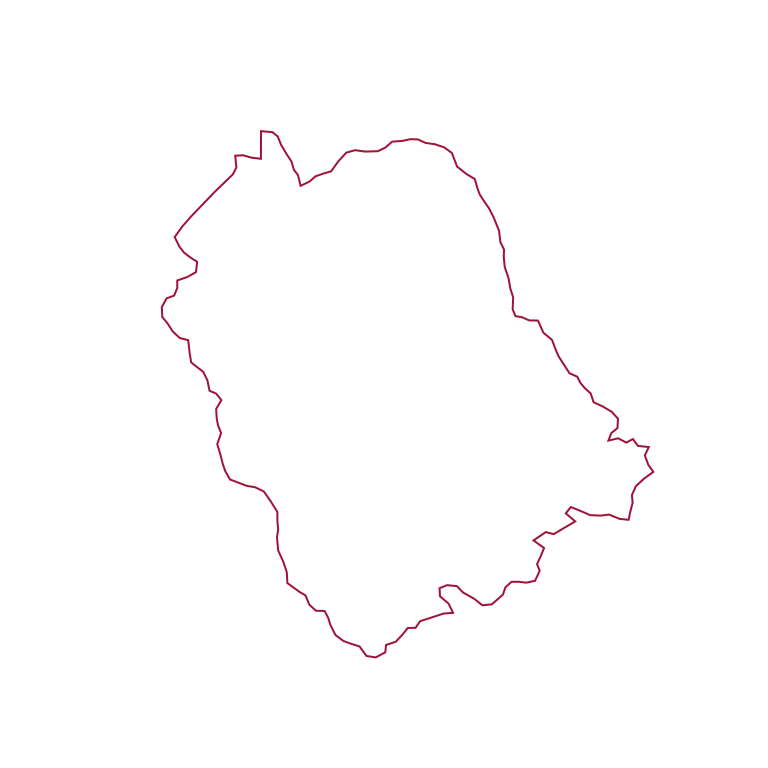 Lauro Müller, Santa Catarina, Brazil (orthographic projection), rotated 226°
{"feature_id": "56859067B67423545174", "entity_name": "Lauro Müller", "entity_type": "district", "adm_level": 2, "iso_a3": "BRA", "parent_name": "Brazil", "parent_adm1": "Santa Catarina", "projection": "orthographic", "projection_center": [-49.459, -28.384], "detail": "fine", "context": "isolated", "style": "outline", "palette": "rose", "viewbox_px": 768, "rotation_deg": 226, "n_neighbors": 0, "source": "geoboundaries", "source_scale": "gbopen_adm2", "svg_char_len": 2458}
<svg xmlns="http://www.w3.org/2000/svg" viewBox="0 0 768 768"><g transform="rotate(226 384 384)"><path d="M190.1,521.3L196.5,528.2L205.8,528.5L216.3,525.6L225.3,522.1L233.6,526.1L241.5,525.6L248.1,526.0L255.0,528.1L262.9,524.9L272.6,526.8L283.0,528.9L291.2,532.1L299.0,535.5L310.1,534.3L322.7,538.8L328.9,532.6L336.1,529.7L341.5,525.7L348.3,528.4L356.6,537.1L364.4,540.9L374.0,547.3L384.4,552.2L392.3,558.5L397.3,563.7L405.2,566.3L414.3,573.2L427.7,578.6L437.1,581.5L444.9,582.8L453.5,584.4L459.7,587.1L468.4,591.7L477.7,589.2L489.6,587.6L503.0,593.3L512.4,591.7L520.9,587.3L528.5,581.4L536.5,578.2L541.9,572.9L546.2,565.9L552.7,558.2L553.1,549.4L555.7,541.3L564.3,531.9L572.3,525.6L576.6,517.6L575.9,505.7L573.7,493.8L577.6,486.3L581.0,479.0L581.3,471.3L584.5,461.7L594.0,467.2L600.7,468.0L608.4,472.0L617.3,473.7L627.5,476.1L635.8,479.5L642.6,478.7L651.3,471.2L631.5,451.9L639.0,445.8L646.3,441.6L651.6,435.6L642.3,428.2L639.8,420.9L639.8,395.3L638.5,360.9L637.4,348.1L635.1,335.5L625.1,332.3L617.4,331.4L609.5,332.6L601.7,334.5L595.1,326.5L597.7,316.6L602.1,307.2L596.6,301.9L593.4,294.4L596.6,287.1L593.7,277.6L586.2,271.1L577.5,270.3L568.4,268.5L559.1,269.0L551.5,273.6L541.4,265.8L533.5,260.3L525.9,261.3L518.3,262.4L509.3,259.5L500.3,253.8L493.7,256.6L485.4,255.8L482.6,245.9L475.0,239.4L469.2,235.7L461.9,232.8L456.6,222.3L446.9,217.3L438.9,212.7L431.4,209.2L422.3,206.9L414.4,210.6L405.7,214.7L399.6,219.4L390.2,222.9L378.2,221.0L366.0,218.4L358.8,211.5L353.1,207.1L347.9,200.4L337.7,192.2L326.3,188.2L316.1,183.3L307.9,176.2L300.6,177.5L293.1,178.8L286.5,180.7L277.2,177.0L268.2,177.5L262.0,183.6L254.7,181.5L247.8,178.0L237.1,174.7L227.3,176.3L220.5,179.6L212.2,184.1L200.5,182.5L193.1,188.1L190.1,198.5L194.8,204.2L190.4,213.5L190.9,223.4L192.0,231.6L186.7,237.3L188.3,245.2L183.3,255.4L177.5,267.4L171.4,274.7L181.2,277.9L192.4,276.8L198.5,282.1L195.5,289.6L188.0,296.0L179.1,296.0L166.7,299.7L156.6,301.0L150.6,308.5L149.9,323.2L153.4,330.2L153.1,338.3L148.1,343.6L142.3,348.3L137.5,355.9L141.5,366.3L148.1,369.0L151.3,377.2L154.8,385.2L167.6,382.9L165.1,397.5L158.1,401.8L155.6,412.5L152.3,426.1L164.7,424.9L165.7,432.9L157.1,436.8L146.3,441.3L138.7,448.6L133.7,455.2L123.3,459.8L116.4,465.6L121.0,472.4L125.8,480.3L131.9,485.2L135.5,494.2L135.3,505.3L133.7,516.7L142.3,518.0L151.4,522.0L154.7,530.7L163.0,523.7L171.5,524.8L173.5,517.6L182.3,514.7L187.4,506.1L190.8,513.5L190.1,521.3Z" fill="none" stroke="#9f1239" stroke-width="2"/></g></svg>